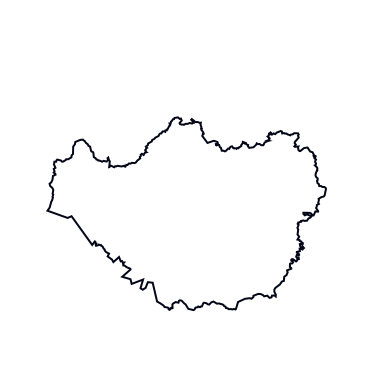 outline of La Yesca, Nayarit, Mexico, rotated 306°
{"feature_id": "50627088B10803570714070", "entity_name": "La Yesca", "entity_type": "district", "adm_level": 2, "iso_a3": "MEX", "parent_name": "Mexico", "parent_adm1": "Nayarit", "projection": "orthographic", "projection_center": [-104.035, 21.59], "detail": "fine", "context": "isolated", "style": "outline", "palette": "ink", "viewbox_px": 384, "rotation_deg": 306, "n_neighbors": 0, "source": "geoboundaries", "source_scale": "gbopen_adm2", "svg_char_len": 6040}
<svg xmlns="http://www.w3.org/2000/svg" viewBox="0 0 384 384"><g transform="rotate(306 192 192)"><path d="M162.6,96.8L162.1,95.6L162.7,94.0L162.5,92.1L165.8,89.1L166.1,88.3L165.7,87.0L165.9,86.2L168.8,82.9L168.5,81.0L169.3,79.8L169.4,77.2L170.2,75.3L170.0,73.3L170.2,72.9L168.5,71.0L163.9,68.2L161.8,69.2L158.9,69.2L152.8,73.4L150.8,73.1L149.1,74.1L145.6,72.5L144.6,71.0L143.5,71.0L140.7,69.8L140.1,68.9L140.5,67.6L139.0,63.9L137.8,63.8L136.7,64.3L135.6,62.9L133.1,64.2L131.3,67.3L129.3,66.6L127.9,68.7L126.4,68.7L126.4,70.7L125.8,71.4L123.2,70.1L120.0,71.9L117.1,72.5L115.0,71.9L113.5,73.7L113.2,76.7L112.1,78.6L108.6,80.3L108.4,81.2L106.1,82.0L105.8,82.7L102.8,83.8L101.6,83.8L95.8,86.0L91.9,86.1L97.9,106.6L101.6,108.8L90.5,142.4L94.9,142.4L95.0,142.9L93.7,144.3L94.0,144.9L92.6,145.2L92.1,145.9L93.3,147.1L94.7,147.5L95.0,149.1L95.5,149.4L95.2,149.8L95.3,151.8L94.2,153.9L94.2,155.0L93.3,156.0L92.9,157.9L93.4,161.1L90.3,161.6L90.3,167.0L89.1,169.6L96.5,171.2L94.0,175.1L95.0,175.9L94.3,177.3L95.1,178.5L93.4,178.4L92.2,179.7L92.8,180.4L92.8,183.6L93.7,187.2L93.1,187.8L82.4,185.4L85.3,193.5L82.2,197.2L92.4,203.9L83.9,206.9L84.0,209.6L87.2,210.8L93.1,209.3L95.5,213.5L82.8,228.2L83.3,231.7L83.4,235.7L82.8,237.3L84.3,240.5L84.2,241.3L83.4,242.0L83.4,243.0L84.1,243.3L85.5,243.0L86.3,243.4L86.1,244.2L86.7,244.5L89.4,242.3L90.3,242.2L93.3,243.4L94.5,246.1L96.3,245.4L97.3,245.9L98.0,247.5L97.3,251.2L97.3,252.9L95.3,257.7L97.4,262.7L98.2,263.1L100.5,262.8L102.1,264.3L103.0,264.3L103.5,266.2L104.5,266.4L105.3,267.3L108.7,266.5L109.5,266.8L110.5,269.1L110.4,270.8L111.1,272.1L114.1,272.5L116.0,273.8L116.3,277.7L117.7,279.4L119.0,282.9L119.1,283.9L118.6,285.0L119.0,286.5L118.1,287.5L118.9,289.3L118.7,290.5L120.1,292.2L120.7,293.7L122.0,294.6L122.5,296.2L123.2,296.3L130.1,293.9L136.8,297.7L140.1,301.2L140.6,302.9L143.2,303.4L144.2,302.7L148.5,305.5L149.9,307.8L150.3,310.3L150.0,311.7L152.4,313.9L151.9,316.9L153.4,318.2L155.2,317.6L156.8,319.7L156.7,321.1L158.2,320.2L159.8,317.1L161.5,316.0L163.4,315.8L169.0,317.5L172.3,317.3L174.1,318.6L177.7,316.4L180.2,317.3L183.2,316.6L184.5,315.0L188.3,317.4L188.8,316.9L188.9,315.2L191.5,313.5L192.0,313.6L193.2,315.1L194.7,315.0L195.1,314.0L194.8,312.7L195.7,312.1L196.6,312.5L197.0,313.3L197.0,317.0L198.0,317.3L199.4,316.9L200.6,317.9L201.4,317.0L200.4,315.5L200.8,314.4L202.6,313.8L203.3,315.7L204.2,315.6L204.6,314.9L204.6,312.4L205.2,312.1L207.5,314.1L209.4,312.4L210.2,313.4L210.3,315.1L212.5,315.5L212.9,313.7L211.0,313.0L212.0,311.1L213.3,309.8L214.1,310.4L214.1,312.2L215.2,312.2L215.9,311.5L215.6,310.1L216.2,309.5L215.7,308.0L216.3,307.3L215.5,305.3L218.8,305.0L219.6,302.4L224.1,300.0L224.9,298.4L228.0,297.6L228.3,296.2L229.6,296.0L229.6,296.4L231.2,296.9L232.1,297.8L232.7,297.3L234.5,298.9L234.7,299.9L236.4,301.9L239.1,301.8L240.9,302.8L242.7,303.0L241.4,298.2L239.4,296.9L239.9,294.8L240.7,294.3L244.3,299.5L244.6,300.9L244.0,303.1L244.5,304.1L248.8,303.3L250.2,305.5L250.6,305.4L252.0,301.8L253.6,301.5L254.8,300.7L256.9,301.7L257.3,300.6L260.2,299.3L260.8,298.5L263.4,299.4L265.8,301.2L267.2,301.3L273.2,298.6L273.8,297.8L273.9,296.2L272.7,294.5L272.7,293.0L271.6,291.5L273.0,289.9L272.9,288.4L274.6,286.5L275.3,286.7L276.6,286.0L277.0,285.2L277.0,284.0L277.8,282.4L279.1,281.5L281.2,280.8L283.1,280.7L283.2,280.2L284.5,279.8L285.3,278.9L285.8,275.7L286.8,276.1L288.1,275.5L288.5,274.2L289.2,273.6L291.2,273.2L291.2,271.4L291.7,270.7L292.5,271.3L293.6,271.0L293.5,269.5L292.7,269.6L292.7,269.0L293.9,268.4L295.0,266.1L294.2,263.8L295.9,259.3L293.4,256.8L288.9,255.6L288.3,254.9L288.6,253.3L290.5,251.4L291.3,251.3L289.1,248.8L289.1,248.0L291.4,248.1L291.9,246.3L292.9,245.8L298.8,246.3L299.8,244.7L301.1,244.6L301.8,243.3L299.6,240.1L298.0,239.7L296.4,238.2L295.6,238.2L294.7,235.1L294.9,234.3L293.8,232.6L293.8,231.8L292.4,230.6L293.8,229.1L293.5,228.0L290.0,225.7L287.7,225.3L287.4,223.6L285.6,223.1L285.1,222.5L285.2,221.6L286.3,221.2L286.3,220.5L285.0,220.5L285.3,220.3L284.5,220.0L283.6,220.8L283.2,220.5L281.7,221.0L281.3,220.7L280.9,222.3L281.3,222.6L280.8,223.5L279.5,223.2L278.8,223.6L278.3,223.2L278.6,224.0L277.4,223.0L274.7,221.7L271.8,222.2L270.6,220.6L270.6,218.4L269.4,217.1L269.4,215.8L268.1,216.1L264.4,215.5L261.3,212.3L261.9,210.3L263.0,209.7L262.5,207.9L263.2,206.9L262.7,206.6L263.0,206.4L262.5,205.7L262.9,205.4L262.4,203.7L261.5,204.3L258.7,204.3L258.2,204.8L255.0,203.8L255.2,203.5L253.4,202.7L253.7,202.4L252.0,200.5L252.2,200.1L251.8,199.4L252.5,197.7L251.8,196.9L250.8,196.5L248.8,196.8L248.5,195.8L244.6,195.1L244.1,194.4L243.9,193.2L242.9,191.8L244.7,189.5L244.8,188.0L246.0,186.3L245.3,185.2L244.2,184.6L244.1,183.7L244.8,183.1L245.3,183.8L246.8,184.2L247.4,183.0L246.2,179.5L240.8,175.7L243.4,167.4L245.2,166.7L245.5,167.3L246.0,167.3L247.0,165.7L247.8,163.1L248.8,162.9L248.7,162.0L250.0,161.5L251.3,159.5L253.2,158.4L252.4,157.7L252.1,155.8L250.6,153.6L250.9,149.0L250.0,148.9L249.4,151.6L248.8,152.5L248.4,151.8L247.4,151.8L246.5,149.6L244.5,148.4L243.4,146.7L241.6,146.0L241.4,145.2L240.4,144.0L239.9,142.2L240.5,141.4L243.8,141.7L244.9,139.9L243.9,139.2L244.1,136.8L241.6,134.3L240.5,134.6L239.6,133.8L237.8,134.0L236.7,133.6L234.8,134.5L234.3,133.8L234.0,134.5L232.9,134.6L232.7,135.1L231.9,134.8L228.1,135.4L227.7,134.9L227.0,135.3L226.1,134.3L225.0,134.9L224.9,134.1L223.7,132.6L221.4,132.8L220.8,132.0L219.8,131.7L217.5,132.0L214.5,130.4L212.5,130.2L210.8,129.2L209.2,129.7L205.4,128.0L204.1,128.7L201.6,128.1L201.3,129.5L200.9,129.2L200.7,129.5L198.4,129.5L198.2,130.4L197.4,130.8L197.4,131.8L196.2,130.8L193.5,131.1L193.5,129.1L192.0,128.6L191.1,129.4L189.6,129.2L188.8,130.3L185.3,129.3L182.6,129.2L181.5,128.3L180.3,126.2L178.8,125.6L178.1,124.3L175.9,123.9L175.3,122.9L173.6,123.2L173.6,122.4L173.1,122.5L172.8,121.3L171.2,119.9L169.3,116.2L168.1,115.6L167.7,114.7L166.3,114.5L165.7,111.0L165.3,110.3L164.0,110.6L163.5,110.5L163.4,110.4L168.5,107.5L169.0,106.0L170.6,104.0L169.7,103.8L168.7,105.2L166.5,105.1L165.2,102.2L163.7,101.5L163.0,98.5L162.3,97.7L162.6,96.8Z" fill="none" stroke="#020617" stroke-width="2"/></g></svg>